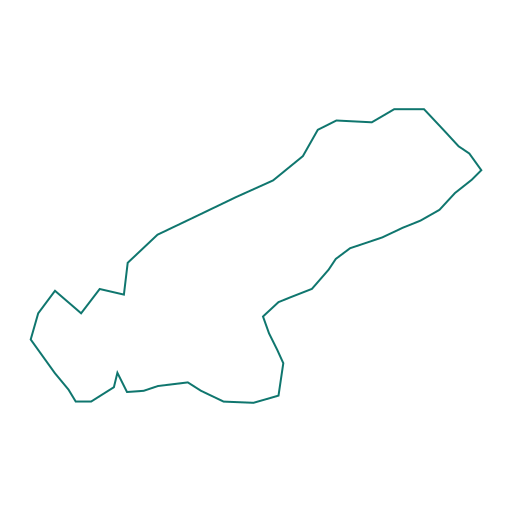 Pano Zodeia, Cyprus
{"feature_id": "46923920B9088194369426", "entity_name": "Pano Zodeia", "entity_type": "district", "adm_level": 2, "iso_a3": "CYP", "parent_name": "Cyprus", "parent_adm1": "", "projection": "albers", "projection_center": [33.002, 35.145], "detail": "fine", "context": "isolated", "style": "outline", "palette": "teal", "viewbox_px": 512, "rotation_deg": 0, "n_neighbors": 0, "source": "geoboundaries", "source_scale": "gbopen_adm2", "svg_char_len": 741}
<svg xmlns="http://www.w3.org/2000/svg" viewBox="0 0 512 512"><path d="M30.7,339.5L54.9,373.2L68.5,389.6L75.7,401.5L91.2,401.5L113.9,387.2L117.4,372.8L127.0,392.0L143.7,390.8L158.0,386.0L187.8,382.4L201.0,390.8L223.6,401.6L253.5,402.8L278.5,395.6L283.3,363.2L277.3,350.0L269.0,333.3L263.0,316.5L278.5,302.1L290.4,297.3L311.9,288.9L328.6,269.7L335.8,258.9L350.1,248.2L382.3,237.4L402.6,227.8L420.5,220.6L439.5,209.8L455.0,193.0L471.7,179.8L481.3,170.2L469.3,153.5L458.6,146.3L443.1,129.5L424.0,109.2L394.2,109.2L371.8,122.3L336.4,120.5L317.8,129.8L302.9,156.1L273.1,180.4L235.8,197.2L196.7,216.0L157.5,234.7L127.7,262.8L123.9,294.6L99.7,289.0L81.1,313.3L55.0,290.8L38.2,313.3L30.7,339.5Z" fill="none" stroke="#0f766e" stroke-width="2"/></svg>